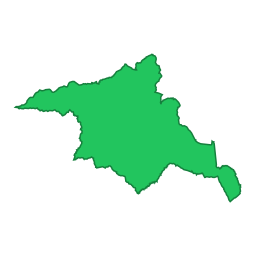 San Juan Del Cesar, La Guajira, Colombia (Natural Earth projection)
{"feature_id": "7082276B71643992336561", "entity_name": "San Juan Del Cesar", "entity_type": "district", "adm_level": 2, "iso_a3": "COL", "parent_name": "Colombia", "parent_adm1": "La Guajira", "projection": "natural_earth1", "projection_center": [-73.123, 10.813], "detail": "fine", "context": "isolated", "style": "filled", "palette": "green", "viewbox_px": 256, "rotation_deg": 0, "n_neighbors": 0, "source": "geoboundaries", "source_scale": "gbopen_adm2", "svg_char_len": 5824}
<svg xmlns="http://www.w3.org/2000/svg" viewBox="0 0 256 256"><path d="M17.2,107.5L18.4,107.9L18.7,108.5L19.3,108.7L19.9,108.1L21.2,108.6L23.5,108.8L24.6,108.2L28.6,108.5L30.2,107.9L31.2,108.4L33.4,108.1L35.2,108.7L37.2,108.0L38.3,109.5L39.6,110.0L40.1,110.8L42.0,110.1L42.6,110.9L43.7,111.4L46.2,110.5L47.8,111.4L49.5,110.5L52.5,110.8L54.9,109.8L56.7,111.5L58.8,111.5L59.7,113.0L61.7,114.4L62.0,115.4L62.7,115.8L65.0,114.6L66.9,112.3L68.3,112.3L68.8,111.0L69.8,109.8L71.9,112.0L73.1,111.8L73.5,112.9L73.7,115.1L74.6,115.0L74.9,115.8L75.9,115.7L76.9,116.4L77.7,116.1L77.8,117.8L77.1,118.4L77.5,118.9L77.5,119.6L77.9,120.0L77.9,121.4L78.6,122.1L79.9,121.9L80.6,122.5L80.5,124.1L81.6,126.5L81.8,128.0L80.9,128.3L80.5,129.7L81.5,130.0L82.1,131.2L81.8,133.3L81.1,133.5L80.5,134.4L80.0,137.6L79.4,138.3L80.4,139.4L80.3,140.7L81.8,141.5L81.7,143.6L80.5,145.7L80.2,146.9L79.2,147.6L79.0,148.4L78.2,148.3L77.8,149.9L76.7,149.9L77.0,150.9L76.7,151.7L75.8,152.2L76.2,153.1L74.7,154.0L74.2,155.3L74.9,156.0L74.9,156.7L73.7,159.9L75.7,159.6L76.2,158.5L76.8,158.7L77.7,158.1L78.0,157.5L80.0,158.0L81.5,157.6L83.0,157.8L84.1,159.3L84.3,159.0L87.2,159.0L88.1,158.2L90.6,157.7L91.5,157.0L92.6,157.7L92.9,158.2L93.5,158.2L93.4,159.7L94.0,160.8L94.5,162.9L94.3,163.6L95.8,166.3L95.7,167.3L96.7,167.4L96.8,167.9L102.7,166.7L105.3,168.0L106.2,166.9L107.9,167.0L108.5,166.1L110.1,165.9L111.5,167.3L112.3,169.3L114.1,171.0L114.6,170.9L116.2,172.2L116.6,172.0L116.7,173.5L117.5,173.8L118.4,174.9L120.8,175.7L122.5,175.6L124.9,176.5L125.3,177.4L125.9,181.3L127.1,182.3L128.4,182.4L128.8,183.8L131.1,184.4L132.0,185.6L132.8,186.0L132.8,186.6L133.9,187.6L135.2,187.7L135.6,188.9L135.4,190.3L136.7,191.7L137.3,193.2L138.2,193.6L138.3,193.1L138.8,193.3L139.1,192.9L139.3,192.1L139.7,192.6L140.1,191.3L140.5,191.2L140.7,190.4L141.4,190.4L141.8,189.6L142.4,189.6L142.4,189.2L142.9,189.0L143.7,189.5L143.7,189.0L145.0,188.8L145.6,187.8L146.1,187.9L146.2,187.3L146.9,187.5L147.0,186.6L148.0,186.3L148.0,185.9L148.8,186.3L149.7,185.1L149.5,184.1L150.0,184.1L150.2,183.4L150.7,183.8L151.1,183.3L152.4,183.0L152.4,182.3L153.3,182.6L153.1,181.6L153.5,182.1L154.6,181.8L154.8,182.4L155.1,181.6L155.4,181.8L156.7,181.2L157.0,181.5L157.1,180.1L158.7,177.9L158.8,177.1L160.4,175.0L160.4,174.4L160.9,174.7L160.8,173.7L161.5,173.3L161.9,171.9L162.3,171.8L162.3,171.2L164.4,169.5L164.2,168.5L164.4,167.9L165.5,167.9L166.0,167.3L166.1,167.7L166.6,167.6L166.8,166.4L167.4,166.1L167.2,165.5L168.0,164.7L168.7,164.5L169.5,163.4L170.7,163.4L172.8,163.8L173.7,163.5L175.4,164.6L175.9,165.9L176.3,165.5L177.6,165.2L178.2,166.0L179.5,166.6L180.9,167.9L182.3,168.4L183.8,169.6L187.5,170.5L191.5,172.0L191.9,171.2L193.4,173.4L195.4,173.4L196.3,173.8L196.5,174.8L197.7,173.7L198.8,174.1L200.2,173.6L201.0,173.8L201.9,173.1L202.5,173.3L204.7,177.4L205.5,177.3L206.1,176.8L206.9,176.7L209.5,177.2L211.2,176.7L213.0,177.4L214.6,177.4L217.6,176.2L218.4,177.6L218.6,179.1L219.6,182.0L220.3,182.5L221.8,186.0L223.8,188.3L223.8,189.4L224.3,189.9L224.5,191.0L225.9,192.8L226.5,194.7L227.9,196.5L229.0,200.0L230.2,201.6L234.4,197.9L235.3,197.8L237.5,196.0L240.1,193.5L239.8,192.5L240.5,191.2L240.1,188.8L240.1,187.2L240.6,187.0L240.4,186.6L240.5,184.9L239.0,184.8L238.9,183.4L238.4,182.9L238.0,180.9L237.2,179.2L237.4,178.5L236.5,177.5L236.4,177.0L236.0,176.8L235.1,175.2L235.9,174.1L235.0,172.9L234.5,171.2L233.8,171.0L233.5,169.8L231.9,169.1L231.7,168.6L231.2,168.8L230.6,168.4L230.5,167.9L226.9,165.6L226.4,165.9L225.6,165.6L224.2,166.1L223.9,165.7L223.3,166.1L222.4,165.8L222.1,166.6L221.5,166.9L221.4,167.7L220.8,167.7L219.9,168.8L218.7,167.4L217.3,167.7L216.8,167.5L216.1,166.1L216.4,164.9L214.2,143.9L213.7,142.4L213.3,142.1L213.5,141.8L212.7,141.8L212.1,141.2L211.8,143.8L211.6,144.5L211.0,144.9L200.7,143.8L197.8,142.6L195.8,141.1L195.7,139.9L195.1,140.0L191.5,132.9L189.7,130.6L188.3,129.7L187.9,128.6L186.7,126.9L184.4,125.8L182.3,126.0L181.2,124.8L179.9,124.7L179.0,123.7L178.5,119.6L179.1,118.6L179.0,117.6L177.5,115.7L177.3,114.7L177.1,115.0L176.9,114.6L177.5,112.5L176.9,110.4L177.9,108.2L177.7,107.4L179.3,106.8L180.0,105.7L179.9,105.0L178.6,102.4L175.9,99.6L174.8,98.8L174.0,99.5L173.4,99.5L173.0,98.0L171.6,98.5L171.2,98.1L169.1,98.5L168.0,98.2L164.6,99.8L163.0,100.3L162.8,101.2L161.4,102.0L161.1,103.6L160.8,103.6L160.5,102.4L160.9,100.5L160.7,97.7L161.1,96.3L162.3,94.7L158.6,93.1L155.0,92.2L156.3,89.9L155.9,88.6L156.2,87.5L155.2,85.9L155.6,83.9L157.5,81.8L158.9,81.1L159.0,80.1L160.0,78.1L161.5,76.7L161.7,75.9L159.8,73.0L159.0,73.1L159.4,71.7L160.5,70.1L160.1,69.0L159.3,68.6L159.5,67.7L159.1,65.9L156.9,65.0L155.4,62.5L156.2,59.2L156.0,57.6L154.9,55.9L152.9,55.5L152.9,54.6L151.6,54.4L151.0,55.0L149.0,55.7L147.1,56.8L146.3,56.9L145.6,58.3L144.4,58.5L144.3,59.2L142.6,60.0L141.7,61.0L141.0,62.5L140.4,62.9L139.0,62.8L138.2,63.3L137.4,62.7L136.5,63.3L135.9,64.4L136.1,66.6L135.4,68.3L135.6,69.2L136.3,69.2L136.6,69.9L135.8,70.0L132.2,69.1L131.7,68.1L127.4,66.0L126.2,64.4L125.1,64.1L124.1,66.1L122.6,67.1L122.1,68.1L121.5,68.3L121.5,69.0L121.0,69.6L116.5,71.7L115.1,73.8L114.0,74.9L113.7,75.8L112.2,76.4L111.7,77.5L109.1,77.4L108.6,78.2L107.4,78.0L104.4,79.2L102.7,79.4L101.9,80.3L101.4,80.0L100.4,80.2L99.7,81.1L99.9,81.9L99.0,82.1L98.8,84.0L96.6,83.4L96.8,82.6L96.4,81.7L95.2,82.2L94.7,83.0L93.2,83.0L92.7,83.5L92.3,82.7L91.8,82.6L91.4,83.7L90.5,83.9L87.4,83.6L86.5,84.3L85.5,83.7L84.8,84.0L83.6,83.7L81.5,84.8L79.1,85.1L74.1,81.5L72.4,81.5L69.6,82.4L68.8,83.4L67.4,86.7L66.3,86.9L64.0,86.0L62.7,86.8L60.4,87.3L58.6,88.2L58.3,89.0L57.6,89.3L56.2,90.8L53.7,92.3L52.3,92.2L50.2,89.7L49.4,89.3L45.5,89.7L44.2,90.4L42.0,90.8L39.7,90.0L37.9,92.1L36.3,92.6L35.1,93.8L33.0,97.4L30.3,97.4L29.1,98.3L27.1,100.8L26.7,102.6L25.5,103.9L23.7,105.0L21.8,105.0L20.7,106.0L18.4,106.6L16.2,106.6L15.4,107.3L17.2,107.5Z" fill="#22c55e" stroke="#15803d" stroke-width="1.5"/></svg>